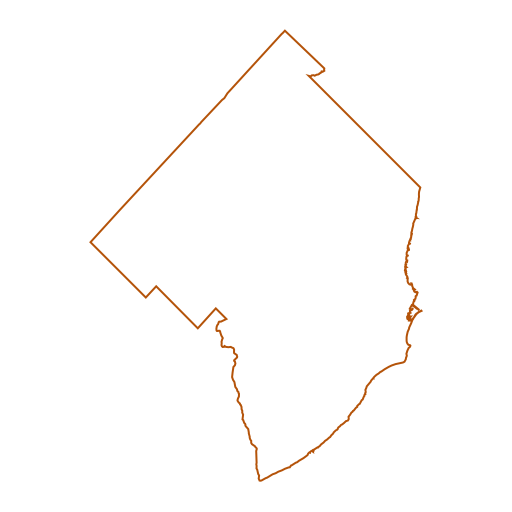 General Pueyrredón, Buenos Aires, Argentina
{"feature_id": "61730980B30127630418266", "entity_name": "General Pueyrredón", "entity_type": "district", "adm_level": 2, "iso_a3": "ARG", "parent_name": "Argentina", "parent_adm1": "Buenos Aires", "projection": "equal_earth", "projection_center": [-57.589, -37.973], "detail": "fine", "context": "isolated", "style": "outline", "palette": "amber", "viewbox_px": 512, "rotation_deg": 0, "n_neighbors": 0, "source": "geoboundaries", "source_scale": "gbopen_adm2", "svg_char_len": 6068}
<svg xmlns="http://www.w3.org/2000/svg" viewBox="0 0 512 512"><path d="M258.7,478.6L259.9,481.3L259.8,480.8L261.5,480.5L265.6,478.2L267.2,477.6L272.6,474.3L275.7,473.2L278.3,471.7L281.8,470.4L285.1,468.7L288.7,467.4L289.8,467.3L291.0,465.5L291.7,465.3L295.8,462.7L297.2,462.2L298.9,460.8L303.5,458.1L306.5,455.9L307.6,455.0L308.1,453.7L308.9,452.8L309.4,452.4L309.9,452.6L309.9,452.2L311.0,451.2L311.7,450.9L312.0,451.1L311.9,450.9L312.9,450.0L313.7,449.7L313.8,450.0L313.9,449.7L317.1,447.6L317.8,447.6L318.0,448.4L317.9,447.2L319.6,446.2L321.1,444.4L323.6,442.5L325.1,440.8L327.0,439.6L329.3,437.5L330.2,437.0L331.2,435.4L333.1,433.6L333.7,432.4L335.8,430.4L336.2,430.4L336.3,430.8L336.3,430.3L337.6,429.3L337.9,428.2L338.5,427.3L339.9,426.3L341.0,425.0L341.4,424.8L341.8,425.2L341.7,424.9L342.1,424.5L344.1,422.9L346.0,421.1L347.0,420.9L347.3,421.4L347.2,421.0L347.9,420.5L348.7,419.2L348.7,417.8L348.5,416.9L348.7,416.5L350.0,414.9L351.4,412.6L352.6,411.7L353.0,410.9L353.8,410.5L355.9,407.8L357.2,406.9L357.2,406.0L359.1,404.1L359.7,403.9L361.7,400.2L362.7,399.5L363.4,397.6L364.1,396.1L364.4,395.9L364.5,394.8L365.0,394.0L365.3,394.0L365.2,393.0L365.6,392.5L365.7,391.9L365.4,389.9L366.3,387.9L366.8,386.3L370.6,381.8L371.2,380.5L373.3,378.1L373.5,378.2L373.5,377.8L374.3,376.8L376.5,374.8L378.6,373.5L380.5,371.8L381.1,371.7L384.7,369.2L388.7,366.9L391.6,365.5L395.6,364.1L403.0,362.5L404.5,361.7L405.8,359.3L406.0,357.8L406.6,356.4L406.8,355.5L406.4,353.8L407.4,350.6L408.7,347.9L410.0,346.8L410.4,345.7L410.2,345.3L408.4,344.8L407.4,343.6L406.8,342.1L406.6,340.9L406.6,337.2L406.9,335.2L407.7,331.7L409.0,328.8L409.2,327.5L411.2,323.2L412.3,320.1L413.4,318.6L414.0,318.8L413.5,318.5L413.5,318.2L415.8,314.9L417.0,313.5L418.9,312.1L421.5,310.9L421.3,310.6L419.0,311.8L416.0,314.0L414.8,315.6L414.7,316.2L412.9,318.7L411.0,320.2L410.6,319.3L410.3,319.4L410.6,320.3L409.9,320.4L409.8,320.2L409.7,320.5L408.8,320.5L408.8,320.0L410.0,319.6L410.0,318.9L407.9,319.0L407.9,318.7L407.4,318.7L407.3,318.4L407.8,318.3L407.8,318.0L410.0,317.7L410.8,316.6L407.2,317.1L407.1,316.8L407.7,315.9L409.5,315.7L409.3,315.0L408.1,314.9L408.4,314.0L408.1,313.6L408.2,313.3L408.6,313.2L408.6,313.7L408.7,313.2L410.4,312.9L410.5,313.7L410.6,312.9L411.4,312.8L410.0,312.7L409.9,310.6L410.0,310.4L411.7,310.1L413.2,308.2L411.4,309.6L409.8,308.7L411.8,305.1L415.1,307.2L416.8,308.7L417.5,308.7L418.4,309.6L418.6,309.4L412.9,304.7L413.4,302.3L413.9,300.9L415.2,301.2L414.2,300.6L414.0,299.9L415.4,298.8L415.7,297.4L415.6,296.3L416.0,295.8L416.6,295.6L417.6,292.5L416.4,291.3L416.6,291.9L415.9,292.0L415.9,291.8L415.7,292.2L414.6,291.8L414.1,291.1L413.8,290.2L414.1,289.5L414.4,289.3L414.8,289.8L415.0,289.6L413.7,288.6L412.9,288.7L412.9,287.6L412.2,286.0L412.2,285.0L411.6,283.4L411.4,283.4L411.6,283.9L411.2,284.4L410.5,284.7L409.4,284.3L408.2,283.0L407.6,281.5L407.6,279.3L407.9,278.7L408.5,278.7L407.0,278.0L407.4,277.1L407.3,276.6L406.0,274.7L406.2,274.0L405.8,274.0L405.7,273.6L406.1,273.1L406.0,272.7L405.7,272.8L405.4,272.4L405.5,272.1L405.4,271.8L405.5,271.5L405.9,271.5L405.8,271.0L405.7,271.2L405.2,271.1L404.9,270.5L405.2,269.8L405.8,270.1L405.6,269.4L405.3,269.6L405.1,269.3L405.5,268.5L405.8,268.4L405.9,268.8L405.7,267.9L405.5,268.1L405.2,267.7L405.5,267.0L406.0,267.0L405.2,266.3L405.4,265.8L405.9,265.8L405.4,264.7L405.6,264.3L406.0,264.2L405.7,263.4L405.7,262.9L406.4,261.1L406.9,260.7L407.2,261.1L407.3,260.4L407.2,259.7L407.1,260.0L406.6,259.9L406.2,259.2L406.4,256.9L406.7,256.2L407.1,255.9L407.7,255.8L407.7,256.3L408.0,255.1L407.7,255.5L406.8,255.0L406.6,254.2L406.7,252.7L407.6,250.7L408.3,250.1L408.8,250.2L408.8,250.7L409.0,249.6L408.9,249.3L408.7,249.9L408.3,249.8L407.6,248.8L407.7,247.9L408.1,248.0L407.7,247.7L407.9,246.6L408.1,246.2L408.3,246.3L407.9,245.9L408.9,244.0L409.8,243.9L409.8,244.4L410.0,243.7L409.0,243.1L409.0,242.7L409.3,241.7L409.7,241.8L409.4,241.6L409.4,241.3L409.9,240.2L410.2,240.3L410.2,239.2L410.5,238.8L410.8,238.8L410.8,238.0L411.1,237.7L411.1,236.8L411.4,235.9L411.2,235.5L411.7,234.6L411.3,234.1L411.5,233.7L411.8,233.8L411.9,233.5L411.4,233.1L411.4,232.4L411.9,231.1L412.4,228.4L412.8,227.1L413.3,224.7L413.2,223.6L415.4,218.5L416.6,218.2L417.0,217.5L416.4,218.2L415.5,218.1L415.6,217.7L416.4,217.8L416.0,217.5L415.7,217.0L416.1,216.7L415.8,216.4L416.0,215.1L415.9,214.1L416.3,213.1L416.6,210.6L416.7,209.9L416.9,209.8L417.0,206.8L417.6,205.1L418.2,202.2L418.1,201.8L418.4,201.4L418.7,200.0L418.7,198.6L419.0,197.0L418.9,194.1L419.1,191.7L420.3,187.5L308.8,75.9L310.7,76.4L311.7,75.4L313.7,75.2L314.7,75.7L316.6,74.7L318.1,74.5L319.1,74.0L319.6,73.3L320.5,73.1L321.3,72.2L321.6,71.4L322.1,71.4L322.6,71.8L324.3,70.8L324.1,69.8L324.3,68.4L284.9,30.7L282.3,33.5L281.9,33.7L227.4,93.3L224.3,98.2L222.0,100.0L201.2,122.1L200.1,123.6L199.2,124.3L119.6,210.2L90.5,242.2L145.8,297.5L156.2,286.3L197.8,328.3L215.8,308.4L226.4,319.0L221.0,321.6L219.1,321.7L218.7,322.2L218.1,324.2L217.3,325.1L216.7,326.6L216.4,328.7L216.5,330.3L216.8,330.9L217.8,331.0L219.0,330.7L219.7,330.8L220.1,331.5L220.3,332.5L221.3,335.5L222.7,337.9L222.7,338.4L222.2,339.3L221.5,341.9L221.7,343.0L221.5,345.1L221.9,346.3L222.7,347.0L224.2,346.8L224.2,346.4L224.5,346.0L226.0,346.9L228.4,347.2L230.8,346.9L231.5,347.4L233.3,348.1L233.6,348.4L234.1,349.7L234.0,352.3L234.2,353.2L236.7,354.9L237.2,356.8L237.0,357.5L234.2,360.2L234.1,360.8L234.9,361.5L235.4,363.5L234.9,365.3L233.4,367.0L232.6,372.4L232.1,377.1L233.0,379.8L234.4,382.0L235.3,386.9L237.0,389.3L237.3,390.9L238.4,392.0L238.6,393.2L239.0,393.8L238.9,396.6L238.0,398.4L237.5,400.2L237.6,400.8L238.7,402.5L239.9,403.5L240.1,404.5L240.7,404.9L241.5,406.9L241.6,409.2L242.3,410.9L242.2,412.5L243.1,414.7L242.5,419.4L243.2,420.0L244.2,422.9L245.1,423.8L245.4,424.5L245.4,425.6L245.8,426.3L248.2,429.0L248.8,432.4L248.8,433.3L249.7,436.7L249.7,437.8L250.3,439.6L251.2,440.8L251.2,442.9L252.0,444.2L254.9,446.2L255.3,446.9L256.5,448.1L256.8,448.9L256.2,451.0L256.6,462.8L256.3,464.3L256.6,465.9L256.5,468.5L257.2,469.6L258.2,474.0L259.1,475.5L258.7,478.6Z" fill="none" stroke="#b45309" stroke-width="2"/></svg>